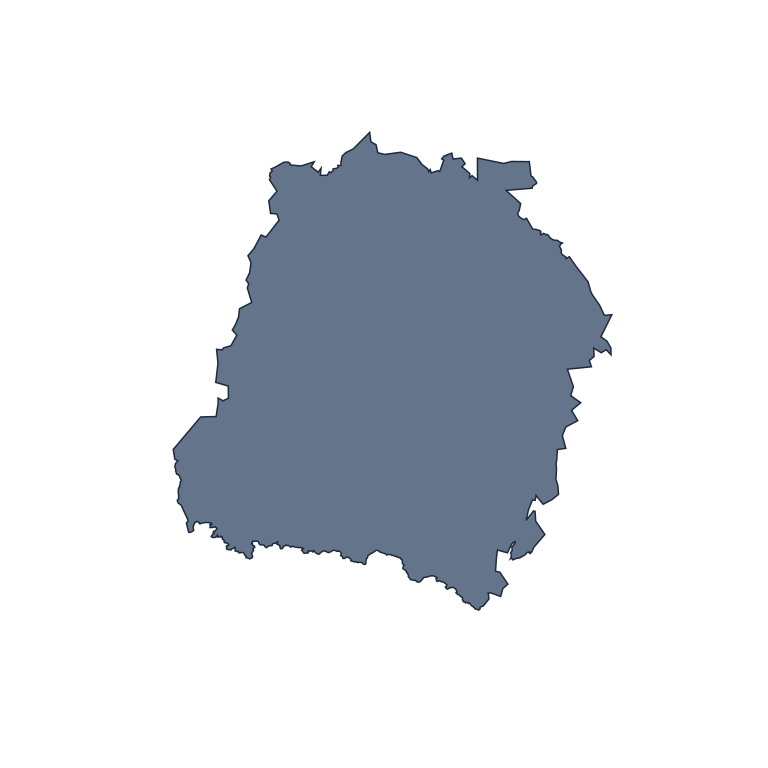 Uthukela, KwaZulu-Natal, South Africa, rotated 326°
{"feature_id": "47623444B45932738864801", "entity_name": "Uthukela", "entity_type": "district", "adm_level": 2, "iso_a3": "ZAF", "parent_name": "South Africa", "parent_adm1": "KwaZulu-Natal", "projection": "robinson", "projection_center": [29.405, -28.737], "detail": "fine", "context": "isolated", "style": "filled", "palette": "slate", "viewbox_px": 768, "rotation_deg": 326, "n_neighbors": 0, "source": "geoboundaries", "source_scale": "gbopen_adm2", "svg_char_len": 6159}
<svg xmlns="http://www.w3.org/2000/svg" viewBox="0 0 768 768"><g transform="rotate(326 384 384)"><path d="M403.3,150.5L403.1,164.3L390.9,167.7L385.3,179.2L390.3,183.1L388.7,189.5L368.3,196.2L365.5,191.8L351.9,199.0L342.9,201.6L341.7,208.9L334.8,216.6L327.7,220.8L327.9,225.2L324.4,228.0L319.9,242.4L306.3,240.8L300.9,247.1L294.7,251.3L288.4,254.5L289.3,261.2L278.4,266.7L271.2,264.3L268.8,265.1L264.6,261.6L258.0,273.9L245.4,288.6L253.7,298.6L247.1,308.8L241.2,307.9L238.6,302.9L235.4,307.6L226.6,317.1L213.6,308.8L172.7,320.4L168.5,329.3L170.1,332.4L166.7,333.3L164.3,335.6L163.6,338.5L162.8,339.2L161.7,342.7L162.6,344.0L163.0,345.6L162.3,348.3L162.3,350.4L160.0,351.5L159.6,352.7L157.5,354.0L156.7,355.4L155.4,355.4L153.0,358.5L151.0,362.3L149.2,364.6L147.7,364.7L147.1,366.1L146.8,367.6L148.1,370.9L145.4,387.3L145.2,387.9L142.4,388.8L139.2,397.6L139.4,398.2L141.6,398.9L144.2,399.1L146.0,395.6L150.2,392.8L150.7,393.4L152.2,393.4L153.2,394.9L152.9,396.5L153.2,397.1L155.1,397.4L158.8,399.1L162.7,402.1L163.2,403.9L162.2,404.0L161.1,403.2L160.1,405.7L158.8,405.7L160.3,406.0L161.6,407.1L164.1,408.1L164.6,409.2L164.5,410.6L161.6,411.5L160.2,410.8L159.5,411.6L159.7,412.6L158.0,412.7L155.4,413.9L156.2,415.6L158.5,416.9L159.8,416.9L161.3,416.1L160.7,418.2L163.4,418.8L163.1,419.6L164.2,420.1L163.4,422.2L163.7,422.3L163.5,422.9L164.1,425.0L163.0,425.8L163.6,427.1L165.2,428.2L165.8,429.9L165.5,430.6L163.7,430.1L162.6,430.5L163.0,431.2L161.3,432.3L161.4,433.4L164.3,436.0L166.0,435.5L167.5,436.2L168.8,435.9L168.5,436.4L169.1,436.9L167.2,439.1L168.6,440.7L169.6,441.2L169.1,442.1L169.5,443.1L172.9,444.7L173.2,445.8L172.9,448.5L173.2,449.7L172.4,450.9L173.6,451.8L174.9,453.9L177.1,454.4L178.5,453.8L179.6,450.2L182.7,449.2L183.4,447.2L185.6,447.1L186.0,446.0L184.9,444.4L185.4,443.2L184.9,442.7L185.6,442.4L185.2,442.1L185.6,441.7L187.2,440.9L187.9,441.1L188.0,441.6L191.3,443.5L191.5,445.6L191.1,446.6L191.2,447.5L191.8,448.4L194.2,450.3L194.6,451.3L194.3,452.6L195.3,454.1L197.9,453.7L200.9,455.4L201.5,454.6L202.9,454.3L205.3,455.4L207.5,455.3L206.6,456.6L205.7,457.1L207.3,459.4L206.9,459.7L207.0,460.5L206.1,462.0L206.3,463.0L207.9,463.6L210.2,462.3L211.4,462.9L212.7,462.6L212.8,463.3L214.8,464.8L215.4,467.1L217.7,467.5L218.7,469.1L222.2,472.3L223.9,473.3L225.2,475.3L224.5,475.5L223.7,475.0L222.8,475.8L223.1,476.4L222.8,476.9L223.1,479.7L225.1,480.6L226.2,481.6L227.5,481.1L227.6,480.1L228.6,480.3L229.5,481.5L232.2,482.7L231.4,483.4L232.6,483.6L233.2,486.5L234.7,488.7L235.8,488.8L237.3,488.2L241.1,488.7L243.6,492.7L245.7,493.3L249.0,493.5L250.4,494.7L251.3,496.2L253.5,497.7L254.2,499.7L253.4,501.1L252.1,502.0L252.9,503.4L252.9,504.5L252.4,505.6L253.5,506.5L256.9,506.8L258.3,509.8L258.3,511.1L257.7,511.7L257.7,512.2L260.2,515.1L261.7,516.1L262.2,517.3L263.1,517.6L266.0,519.7L266.0,521.3L266.7,522.6L268.0,523.0L268.8,522.6L269.5,521.1L271.5,519.3L273.3,518.7L274.9,517.1L276.5,517.5L278.1,517.0L279.7,517.6L284.4,517.5L285.9,518.6L286.7,521.1L290.3,525.6L290.5,527.2L291.6,527.4L294.5,529.4L294.7,530.5L296.1,531.6L296.4,532.6L298.3,534.1L298.1,534.9L300.6,537.8L300.1,538.9L300.8,540.5L299.7,541.5L298.9,543.3L299.5,545.4L298.1,545.8L296.4,547.7L298.0,551.3L297.4,552.2L297.5,555.7L296.5,557.2L296.7,561.1L298.9,563.4L300.1,564.0L300.8,566.8L302.7,568.0L304.5,568.0L308.9,566.6L311.2,567.9L315.5,569.2L317.9,570.8L319.7,574.3L318.1,574.6L317.5,577.3L320.3,578.5L321.2,580.5L322.4,581.1L323.9,585.5L322.8,586.6L321.4,586.5L321.3,588.8L322.1,589.6L324.1,589.7L326.6,590.7L327.5,591.3L328.5,593.1L328.8,594.6L328.4,595.7L328.4,597.3L326.9,597.4L327.4,599.8L328.4,601.0L328.6,602.9L329.6,604.7L329.4,605.7L328.3,606.7L328.5,608.3L328.0,608.9L329.4,609.9L329.1,611.0L330.9,611.7L331.4,613.4L332.4,613.5L332.6,616.8L333.7,619.5L333.7,621.5L334.9,622.4L335.8,624.2L337.6,624.3L338.1,624.0L338.1,623.4L339.1,622.8L342.2,623.6L350.8,620.9L353.6,615.5L355.9,617.1L361.9,625.4L368.2,620.0L374.8,619.2L374.8,604.9L371.8,601.5L380.0,591.0L385.2,585.1L392.0,593.0L400.3,588.0L404.0,587.6L404.6,588.5L402.4,589.7L398.9,590.6L397.2,593.7L394.8,594.5L393.9,597.0L392.4,598.9L391.2,599.6L392.3,599.6L392.5,601.9L396.6,602.7L399.3,604.1L406.0,604.5L408.2,603.6L410.8,604.7L410.0,605.6L410.5,606.3L412.7,605.8L416.5,603.3L433.2,598.7L433.1,582.5L438.0,574.1L437.5,574.0L436.9,572.8L425.5,576.6L433.9,568.7L442.2,563.2L444.3,565.0L447.7,561.4L448.7,572.7L458.4,573.8L467.0,573.1L471.5,565.1L473.1,559.3L479.5,550.9L482.0,546.4L485.1,543.1L491.1,535.3L498.7,539.0L502.9,526.6L510.7,521.3L524.1,522.7L524.8,510.7L536.6,509.5L532.3,498.1L539.5,492.1L544.3,474.3L565.6,485.7L567.3,479.3L573.5,478.7L578.0,471.5L581.6,479.6L587.4,479.8L588.5,486.7L592.2,481.2L592.4,479.2L592.8,473.4L590.3,466.1L611.6,454.0L605.1,450.3L606.8,439.2L606.6,426.5L607.3,422.5L610.3,413.3L609.0,393.5L608.8,382.1L605.1,381.8L605.6,381.1L605.7,380.3L604.4,377.3L604.1,375.4L604.2,374.6L606.0,372.1L606.5,367.9L609.1,366.8L610.7,366.9L609.1,364.6L608.1,361.9L605.4,359.8L604.1,357.6L603.3,354.9L603.5,353.1L603.0,351.4L601.6,350.4L600.6,348.4L597.7,348.2L597.3,347.8L597.6,347.0L599.0,345.9L599.3,344.7L598.3,342.9L597.5,342.4L597.1,341.5L593.9,338.7L594.8,326.3L592.6,326.1L591.3,325.3L589.8,321.4L589.5,319.9L590.2,317.3L593.1,315.8L598.2,310.8L593.5,291.8L616.3,304.5L617.4,303.4L618.8,303.0L622.7,303.0L623.3,301.8L623.1,295.6L622.2,293.8L628.8,280.9L614.1,270.8L606.6,268.1L587.8,249.0L575.4,267.4L573.5,260.5L570.2,260.8L572.8,257.6L570.1,247.4L574.4,246.8L574.5,240.5L574.2,240.5L574.2,239.8L567.1,236.1L569.3,230.5L563.6,229.0L562.8,229.5L561.3,228.5L557.7,229.7L558.7,231.9L549.0,239.0L547.9,237.3L541.1,235.3L542.0,233.1L542.2,232.0L539.8,233.0L540.5,230.2L538.3,223.5L537.8,214.6L527.4,201.2L513.0,194.1L508.2,188.8L511.2,181.3L508.6,175.8L512.8,167.4L489.7,171.9L481.8,170.8L476.8,171.6L472.1,176.3L470.5,178.8L467.9,176.9L467.4,178.6L465.6,178.7L461.9,177.2L461.5,178.5L458.1,179.2L457.4,177.5L453.7,179.2L447.9,175.4L452.5,169.9L447.9,171.6L445.2,163.2L450.4,160.7L437.3,156.9L428.9,150.1L429.5,148.4L428.5,146.2L424.8,144.1L415.3,143.4L410.6,142.6L410.4,145.1L407.9,145.1L405.4,147.6L405.8,149.2L403.3,150.5Z" fill="#64748b" stroke="#1e293b" stroke-width="1.5"/></g></svg>